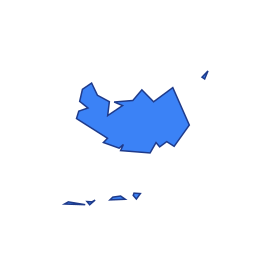 map outline of Western (Natural Earth projection), rotated 229°
{"feature_id": "FJI-2620", "entity_name": "Western", "entity_type": "Division", "adm_level": 1, "iso_a3": "FJI", "parent_name": "Fiji", "parent_adm1": "", "projection": "natural_earth1", "projection_center": [177.638, -19.194], "detail": "coarse", "context": "isolated", "style": "filled", "palette": "blue", "viewbox_px": 256, "rotation_deg": 229, "n_neighbors": 0, "source": "natural_earth", "source_scale": "10m", "svg_char_len": 732}
<svg xmlns="http://www.w3.org/2000/svg" viewBox="0 0 256 256"><g transform="rotate(229 128 128)"><path d="M129.1,188.3L90.0,176.2L83.9,150.8L92.3,148.3L93.0,139.5L98.6,139.6L94.7,128.3L115.8,107.6L118.6,113.7L118.6,108.1L133.2,99.9L133.7,105.8L168.9,95.3L173.0,101.9L169.4,110.9L179.8,109.0L187.1,119.0L185.8,130.0L172.7,126.4L160.1,131.2L150.7,120.8L148.5,138.6L156.7,134.6L145.6,149.7L147.7,163.5L131.0,164.5L129.1,188.3ZM76.0,79.2L85.6,67.2L85.8,71.2L81.5,77.8L76.0,79.2ZM98.2,45.4L112.3,30.2L111.4,34.5L98.2,45.4ZM68.9,87.7L73.7,87.7L74.9,89.8L70.4,94.3L68.9,87.7ZM114.7,218.0L117.8,217.2L118.6,225.8L114.7,218.0ZM99.4,48.8L95.9,52.4L95.2,55.9L95.2,48.7L99.4,48.8Z" fill="#3b82f6" stroke="#1e3a8a" stroke-width="1.5"/></g></svg>